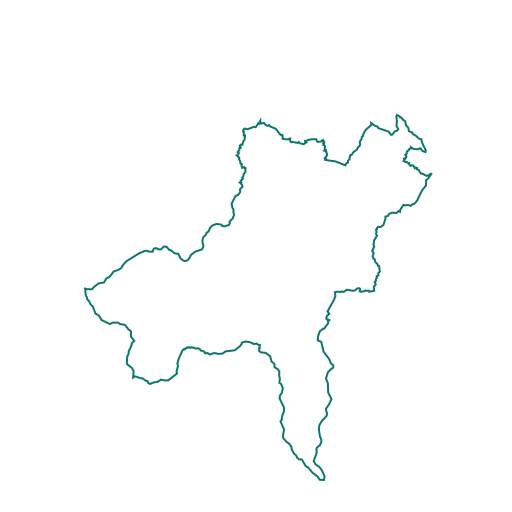 Ibagué, Tolima, Colombia (Mercator projection), rotated 292°
{"feature_id": "7082276B61216577882817", "entity_name": "Ibagué", "entity_type": "district", "adm_level": 2, "iso_a3": "COL", "parent_name": "Colombia", "parent_adm1": "Tolima", "projection": "mercator", "projection_center": [-75.17, 4.479], "detail": "fine", "context": "isolated", "style": "outline", "palette": "teal", "viewbox_px": 512, "rotation_deg": 292, "n_neighbors": 0, "source": "geoboundaries", "source_scale": "gbopen_adm2", "svg_char_len": 6134}
<svg xmlns="http://www.w3.org/2000/svg" viewBox="0 0 512 512"><g transform="rotate(292 256 256)"><path d="M97.2,187.6L99.1,188.9L99.5,195.2L100.1,196.4L99.0,200.9L99.4,202.2L98.1,203.3L97.6,205.7L100.2,208.2L102.9,212.4L105.7,214.1L106.3,217.6L107.8,221.2L117.4,226.8L119.1,225.6L125.1,224.8L126.8,223.4L132.2,222.8L141.5,223.3L142.6,224.0L142.7,224.9L143.7,224.9L144.2,225.9L145.4,226.3L145.5,227.5L146.4,228.0L146.2,229.3L147.3,230.5L147.1,231.4L147.8,232.5L147.5,234.3L148.8,237.1L148.5,239.2L147.7,240.0L148.0,243.9L146.8,245.0L147.1,246.4L147.9,247.1L147.4,250.2L150.4,253.6L151.2,258.0L152.9,261.4L156.2,263.6L160.6,271.6L166.2,274.8L169.0,275.6L170.4,275.3L172.8,278.4L173.7,282.1L173.9,285.3L173.4,286.4L175.0,289.6L174.5,291.3L174.9,293.1L172.5,293.3L172.2,293.9L171.0,293.6L169.1,294.6L168.5,296.6L169.8,301.2L168.4,306.6L164.1,309.8L162.9,313.5L159.8,314.9L159.2,318.8L157.4,321.0L153.8,322.3L151.2,324.1L147.2,325.2L146.6,327.4L143.5,330.4L138.9,331.2L135.5,330.5L132.7,331.3L126.0,338.7L122.0,340.2L117.9,340.1L113.7,341.2L112.0,340.6L105.6,347.0L99.2,348.4L97.4,349.4L95.1,354.0L94.4,357.1L92.4,360.2L90.1,361.5L86.9,365.5L86.1,368.0L84.4,369.7L83.6,372.2L84.5,374.7L79.8,380.9L79.5,383.5L76.3,389.4L74.7,395.4L72.4,399.0L73.9,403.0L77.5,402.0L81.8,397.6L84.1,393.8L85.2,389.0L87.5,386.3L96.4,386.0L99.4,384.4L101.2,384.3L104.6,386.2L108.2,386.2L110.2,385.4L112.5,383.0L118.4,379.5L122.7,378.1L127.5,378.8L134.4,381.4L136.8,380.7L140.2,378.1L145.9,379.3L151.6,379.6L156.4,374.1L164.8,370.4L168.6,366.8L175.1,366.2L179.2,367.9L181.4,369.4L183.6,368.6L184.5,365.7L187.9,362.4L192.6,354.5L200.8,348.7L200.9,344.9L204.9,343.6L210.1,343.4L213.8,345.5L214.0,346.3L220.1,348.0L222.2,347.7L222.9,346.8L224.0,347.8L224.2,344.7L224.8,344.3L227.4,344.4L229.8,345.6L231.4,343.1L244.4,344.7L248.5,344.6L252.1,342.8L253.5,344.9L254.3,348.0L255.3,348.7L255.5,350.8L258.7,352.7L260.1,359.0L261.3,360.7L263.6,361.8L264.8,363.6L264.6,364.8L262.2,365.4L261.9,366.1L263.5,369.1L265.0,370.3L265.1,371.7L266.2,373.4L265.3,374.4L268.0,378.6L271.6,376.7L274.3,377.7L276.6,375.8L277.9,376.5L279.7,375.8L280.8,376.3L282.6,375.4L283.9,376.7L285.8,375.8L287.9,376.7L292.8,373.9L292.6,372.9L293.9,371.7L295.3,368.7L297.6,367.1L297.6,365.9L299.3,364.2L302.8,364.0L304.4,361.7L305.8,362.3L306.8,361.8L308.8,362.2L310.7,360.5L312.1,360.6L314.3,359.6L320.3,360.6L321.7,358.8L323.0,359.0L325.4,357.4L326.3,358.1L327.3,357.7L328.8,358.3L329.6,360.7L332.5,362.5L338.9,362.1L341.0,361.2L342.4,363.1L344.9,363.7L347.2,366.0L348.6,370.3L351.2,371.4L350.9,373.0L353.1,372.5L358.7,373.6L358.7,375.1L360.3,377.9L360.4,380.6L362.3,381.5L363.8,383.3L367.6,384.6L379.1,385.4L385.1,387.2L390.0,385.3L392.4,386.6L397.7,387.8L397.7,387.0L396.1,386.5L394.2,384.2L394.7,379.2L394.2,378.0L396.6,374.7L396.7,372.8L397.9,372.4L397.7,370.8L396.9,370.4L398.8,368.1L398.5,366.5L397.5,365.7L398.3,363.7L399.6,363.2L399.0,362.3L399.7,360.6L399.2,359.6L399.4,357.4L400.2,357.8L401.4,356.7L402.4,357.3L402.4,358.1L404.6,358.2L405.7,356.5L407.0,357.4L409.6,356.7L411.0,357.9L412.9,358.1L413.8,359.4L414.9,358.9L414.3,361.5L414.8,363.7L415.9,366.7L417.1,367.3L417.4,368.2L415.8,370.8L415.8,374.2L417.5,373.9L423.1,367.7L426.1,365.6L425.9,362.8L427.3,359.7L427.9,355.6L429.0,354.7L429.0,351.0L432.0,349.1L433.6,345.8L436.9,344.0L437.5,340.7L438.8,339.1L438.5,337.6L439.2,337.1L439.6,333.9L438.2,333.8L433.7,336.2L429.2,337.5L426.9,340.4L424.7,339.6L423.4,337.9L419.9,337.1L418.9,335.9L421.0,332.4L420.4,321.7L421.6,319.6L421.2,318.1L422.5,312.8L420.5,313.8L414.2,310.5L408.9,309.8L407.5,310.3L406.2,309.5L403.6,310.0L400.9,309.4L398.1,310.9L396.8,310.9L395.4,309.9L392.6,309.7L388.3,307.2L385.6,306.9L385.1,305.8L382.6,305.8L381.1,306.5L378.7,305.6L376.9,306.2L375.3,304.8L373.5,304.9L373.5,294.5L371.0,284.2L372.1,283.3L372.5,284.4L373.6,283.4L375.8,284.1L377.1,283.7L379.2,281.7L379.2,280.8L379.8,281.6L380.7,280.9L380.5,279.7L383.7,278.9L384.1,276.9L385.5,277.1L385.8,276.0L386.6,276.3L387.3,275.1L387.6,276.1L388.7,274.7L386.5,273.3L384.8,270.2L386.9,268.0L384.6,263.0L382.7,260.3L381.3,259.6L381.1,258.4L379.8,259.2L379.8,259.9L377.6,258.3L376.9,254.7L377.7,253.0L376.5,252.4L375.4,246.9L374.6,246.1L375.9,244.0L377.7,243.7L375.7,241.0L374.6,236.9L378.2,235.1L377.5,234.2L377.6,233.1L381.4,226.5L381.4,220.8L382.4,219.2L380.9,218.0L380.9,216.4L382.3,213.6L380.5,210.6L383.0,209.4L379.8,209.2L380.1,208.6L381.2,208.7L375.3,207.5L375.1,205.9L370.2,200.4L370.0,197.9L369.4,197.3L368.0,196.9L367.5,197.7L366.5,197.5L366.0,198.5L363.3,199.4L363.9,200.1L363.6,200.7L359.7,201.8L357.1,201.2L354.2,201.8L353.6,200.2L352.1,199.6L351.6,200.7L350.5,201.2L350.4,200.3L349.6,200.2L347.8,200.9L345.5,200.1L345.1,201.5L342.7,201.3L342.0,200.5L340.8,203.8L339.5,203.8L337.8,206.0L336.0,206.8L335.8,208.6L334.5,208.6L332.5,210.1L334.0,211.6L333.2,212.5L333.5,213.3L329.9,214.7L327.6,213.9L324.8,214.3L323.5,213.8L322.7,215.0L320.0,213.6L318.9,214.7L318.0,213.5L317.0,216.1L315.4,217.5L311.7,216.1L309.6,217.4L306.3,216.7L303.8,214.5L295.5,213.8L292.0,215.9L290.6,217.8L287.8,218.8L286.1,220.3L281.8,220.3L278.1,218.6L276.6,219.4L274.7,219.4L271.8,215.8L271.2,213.7L272.1,211.9L271.0,207.4L267.7,203.9L265.0,202.9L260.9,202.8L259.1,201.5L257.1,201.6L253.4,200.0L249.6,200.7L245.3,203.6L243.0,203.6L241.8,203.3L237.2,198.0L232.8,195.4L228.3,194.9L225.9,193.7L224.6,191.9L224.5,190.3L225.6,186.6L228.9,183.2L228.0,179.6L229.4,175.0L229.2,173.1L231.1,169.7L230.1,166.8L227.2,165.8L226.1,164.7L225.6,162.5L226.0,160.7L225.0,159.0L224.2,158.4L221.4,158.6L220.0,155.4L220.0,153.1L219.2,151.1L214.5,146.5L202.4,137.7L197.3,135.9L194.3,135.6L191.3,133.3L188.5,129.9L181.7,128.0L179.1,125.6L174.5,125.0L171.6,120.3L166.2,117.2L163.7,116.5L161.7,111.0L162.1,109.0L161.2,110.3L157.9,111.7L155.3,113.4L154.0,115.1L152.6,115.6L151.9,117.8L149.2,120.8L147.9,123.8L142.5,128.7L141.9,132.7L138.8,136.8L138.2,146.1L140.4,148.0L142.0,151.5L142.5,153.3L141.9,155.4L142.9,159.4L142.7,161.1L140.3,165.0L139.2,168.4L134.5,170.2L131.7,174.9L128.8,173.6L125.8,174.1L120.0,173.7L117.5,174.5L114.5,174.3L108.4,176.3L107.4,177.1L105.6,183.2L103.3,185.7L97.2,187.6Z" fill="none" stroke="#0f766e" stroke-width="2"/></g></svg>